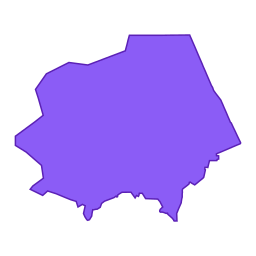 outline of Gebrat Al Sheikh, North Kordufan, Sudan
{"feature_id": "16777658B91752448930430", "entity_name": "Gebrat Al Sheikh", "entity_type": "district", "adm_level": 2, "iso_a3": "SDN", "parent_name": "Sudan", "parent_adm1": "North Kordufan", "projection": "mercator", "projection_center": [31.456, 15.37], "detail": "fine", "context": "isolated", "style": "filled", "palette": "violet", "viewbox_px": 256, "rotation_deg": 0, "n_neighbors": 0, "source": "geoboundaries", "source_scale": "gbopen_adm2", "svg_char_len": 2662}
<svg xmlns="http://www.w3.org/2000/svg" viewBox="0 0 256 256"><path d="M129.4,35.3L129.3,35.6L128.0,40.3L127.1,44.1L125.3,50.8L87.9,65.0L68.9,62.5L46.4,73.8L35.5,89.4L38.3,98.1L43.2,115.3L34.7,122.0L15.4,136.2L15.4,145.4L26.2,152.1L41.5,165.4L43.4,178.2L32.8,186.0L30.2,189.3L42.7,195.4L47.6,191.0L56.1,193.7L65.0,197.4L70.7,199.7L76.2,201.4L78.0,207.0L82.4,204.4L85.2,205.8L83.5,213.5L85.0,216.9L86.8,219.7L87.7,220.3L89.5,219.7L91.7,216.1L92.0,213.7L92.7,209.8L93.0,209.9L96.2,209.2L97.2,209.2L100.2,207.3L101.6,203.4L102.3,202.9L104.5,201.2L114.0,197.6L116.1,196.1L116.9,197.0L117.5,196.7L117.9,194.8L121.9,192.3L127.7,192.2L131.0,192.2L133.8,196.1L135.1,197.9L136.5,195.5L138.4,196.4L138.9,195.4L139.3,193.3L142.3,193.3L145.6,198.6L157.8,199.1L159.0,200.6L159.8,201.4L162.7,207.0L160.2,209.4L159.7,210.7L159.8,211.6L160.4,212.1L161.5,212.1L162.4,212.1L163.8,212.5L165.1,213.0L166.1,213.4L166.7,213.3L167.1,213.1L167.6,213.3L167.6,213.9L168.2,214.6L168.8,215.1L169.6,215.8L171.9,217.9L172.5,218.4L172.9,219.0L173.2,219.5L173.7,219.9L173.8,220.7L174.3,221.0L175.9,221.0L176.9,220.9L177.0,220.9L176.9,220.1L176.9,219.4L176.8,216.2L176.7,213.9L176.7,213.4L177.0,212.7L178.5,209.0L178.7,208.5L179.0,207.8L180.6,204.2L181.2,202.8L181.4,201.0L181.6,199.9L181.7,199.1L182.2,197.1L182.2,195.2L182.2,194.4L182.2,194.0L182.3,193.0L182.4,192.5L182.3,190.0L182.7,188.9L186.5,186.0L187.4,185.3L188.0,184.8L189.1,183.8L189.3,182.4L190.2,182.1L190.5,182.4L190.9,182.6L191.4,183.0L193.3,184.1L194.7,184.9L197.1,183.0L199.7,180.8L201.1,179.7L201.6,179.3L202.0,178.9L202.3,178.8L203.7,177.4L204.4,174.4L204.9,172.1L205.4,169.8L205.4,169.7L204.8,169.2L204.9,167.8L204.9,167.4L206.1,167.3L207.8,167.5L208.8,163.4L209.3,161.5L209.5,160.6L210.4,160.6L212.5,160.6L214.7,160.6L215.9,160.6L216.4,160.6L216.9,160.5L217.1,159.5L218.7,159.0L218.6,155.8L216.5,155.7L216.4,153.9L216.8,153.7L217.6,153.3L218.6,152.9L220.8,152.0L221.3,151.8L232.2,147.1L233.1,146.7L233.7,146.5L235.0,145.9L235.3,145.8L236.9,145.1L238.9,144.3L239.1,144.2L240.3,143.7L240.5,143.3L240.6,143.1L240.6,142.9L240.6,142.7L240.1,141.6L239.8,141.0L238.7,138.8L238.5,138.3L237.7,136.7L234.8,130.5L233.3,127.4L231.2,122.9L230.4,122.3L229.4,119.9L227.4,115.3L227.4,115.2L226.1,112.2L223.9,107.2L222.7,104.3L221.7,102.1L220.9,100.2L219.5,98.3L215.5,93.1L213.6,90.4L212.7,87.8L212.7,87.7L211.3,85.3L210.6,83.6L209.9,82.0L209.0,79.9L206.5,74.1L205.5,71.7L203.1,66.3L202.2,64.0L199.5,57.8L198.5,55.5L196.3,50.3L195.1,47.5L193.1,42.9L193.0,42.7L192.1,40.6L191.1,38.3L190.6,37.2L190.2,36.3L189.7,35.0L180.3,35.1L168.1,35.2L161.6,35.3L141.6,35.3L135.2,35.3L129.4,35.3Z" fill="#8b5cf6" stroke="#5b21b6" stroke-width="1.5"/></svg>